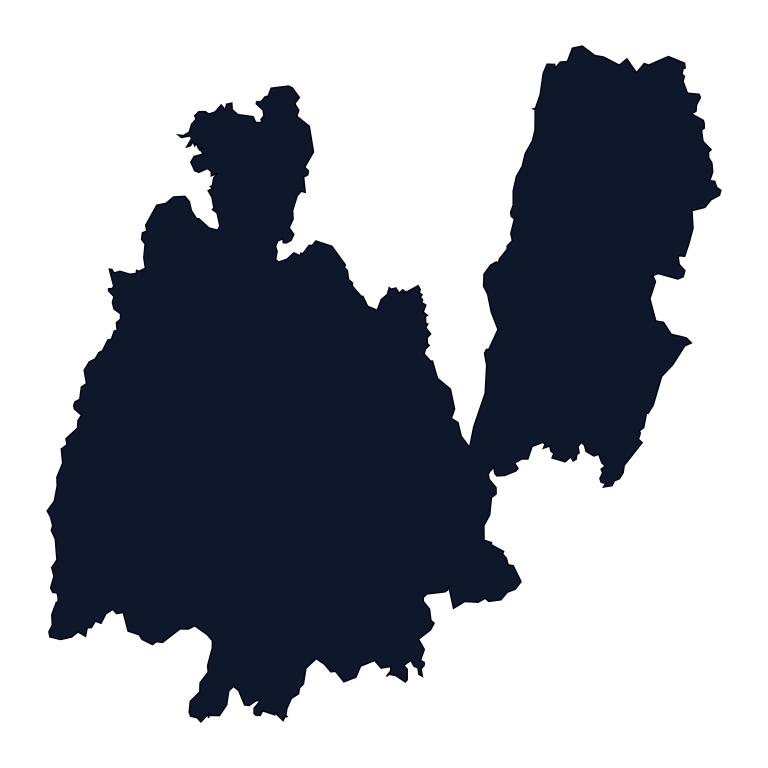 Mezquitic, Jalisco, Mexico
{"feature_id": "50627088B21610676051611", "entity_name": "Mezquitic", "entity_type": "district", "adm_level": 2, "iso_a3": "MEX", "parent_name": "Mexico", "parent_adm1": "Jalisco", "projection": "natural_earth1", "projection_center": [-104.018, 22.231], "detail": "fine", "context": "isolated", "style": "filled", "palette": "ink", "viewbox_px": 768, "rotation_deg": 0, "n_neighbors": 0, "source": "geoboundaries", "source_scale": "gbopen_adm2", "svg_char_len": 6043}
<svg xmlns="http://www.w3.org/2000/svg" viewBox="0 0 768 768"><path d="M488.7,601.4L500.9,599.8L507.2,592.3L515.4,589.1L521.0,581.6L513.2,565.7L508.2,564.9L506.3,558.0L502.6,554.1L503.6,551.5L491.6,545.0L491.4,542.6L484.0,540.2L483.9,525.5L489.7,515.0L491.4,497.7L496.1,493.9L496.0,487.6L489.1,479.3L488.3,474.2L489.8,471.4L493.9,467.3L494.7,473.3L496.9,475.9L504.5,475.5L515.8,471.0L518.0,468.5L514.6,463.1L521.7,459.0L527.8,459.0L532.1,446.4L542.9,442.4L545.2,444.1L543.4,448.2L549.9,446.0L550.8,451.0L553.9,453.5L552.0,457.9L565.1,461.8L570.7,456.9L573.1,461.0L576.1,459.2L576.8,454.5L579.1,453.0L578.0,446.5L581.2,442.5L584.3,444.9L586.1,451.3L593.9,456.0L598.7,454.3L601.8,462.8L605.3,466.0L601.1,469.2L602.6,472.9L599.9,478.5L601.2,482.3L605.7,483.4L603.5,487.0L612.1,485.6L614.3,480.8L619.3,478.8L623.1,472.8L624.2,465.4L642.1,442.6L638.4,439.3L640.3,433.3L639.4,430.8L643.7,427.6L646.5,412.9L648.1,413.3L653.2,405.2L661.6,376.5L672.8,364.6L684.8,345.9L691.3,342.9L686.3,337.9L671.2,334.3L663.5,322.3L655.8,321.0L649.9,298.7L655.5,281.7L652.8,275.6L658.2,273.5L677.8,279.0L683.1,276.8L684.9,270.7L679.2,264.4L678.2,257.3L679.0,255.7L684.7,256.3L689.1,242.9L693.0,228.3L692.0,210.6L704.9,207.4L711.0,199.8L719.5,195.3L720.8,190.2L716.7,187.4L714.7,181.3L709.7,180.7L712.7,172.1L711.9,163.0L708.6,157.5L708.6,152.1L711.1,149.6L703.0,141.5L701.5,130.2L704.3,128.1L704.1,122.9L703.3,120.4L691.4,113.8L696.0,111.2L696.5,104.9L700.4,97.5L699.1,94.3L687.5,93.2L683.0,81.3L684.4,76.3L682.0,74.1L683.2,68.5L685.2,68.0L684.6,63.2L668.4,56.5L648.7,65.1L644.3,63.5L636.5,72.7L626.9,58.9L619.3,65.2L603.5,57.0L594.7,55.5L582.3,46.1L572.4,48.2L567.4,61.5L560.3,62.1L555.2,68.2L554.6,64.4L547.1,64.2L543.2,73.4L540.2,94.6L535.5,108.2L533.4,108.9L535.2,109.5L535.0,130.2L532.3,141.1L525.2,153.7L522.2,166.3L516.4,176.5L513.2,190.9L513.2,205.2L510.6,212.3L511.3,216.3L514.4,219.0L510.8,233.6L512.4,240.7L507.2,245.9L507.1,249.4L499.4,258.9L498.5,262.9L496.3,261.9L490.6,265.1L484.0,274.2L483.6,286.4L487.6,294.0L491.3,312.1L498.0,329.5L488.7,349.6L486.5,349.4L484.5,353.2L486.7,365.3L485.2,393.2L473.8,426.6L469.6,447.5L461.2,436.2L458.0,422.6L451.3,418.4L454.6,408.9L450.4,389.1L437.5,378.4L432.5,361.1L430.5,361.1L424.1,353.8L425.4,349.1L429.2,345.4L427.4,343.7L427.1,337.8L430.6,333.9L425.7,327.6L427.8,324.0L425.7,323.5L425.5,316.2L427.3,315.4L423.2,312.0L425.8,305.2L421.5,302.3L422.6,300.0L420.3,296.8L422.1,294.8L419.3,292.8L420.2,289.5L418.1,285.7L406.1,292.3L402.7,289.8L399.1,293.2L395.9,288.0L391.2,289.2L389.2,287.7L387.4,294.4L381.3,299.5L377.2,310.3L367.6,306.2L362.9,296.3L361.3,296.5L352.3,286.0L352.6,283.0L348.5,279.5L347.4,270.6L344.5,267.6L345.3,264.8L331.9,246.3L315.8,241.0L312.2,245.6L309.2,245.3L302.7,253.9L301.0,253.1L300.3,255.8L293.8,252.9L286.9,259.3L278.3,262.1L275.6,259.3L277.1,251.4L275.6,246.5L277.6,241.1L282.9,238.6L283.3,242.7L286.3,242.9L291.0,240.5L293.8,234.4L289.1,227.8L293.1,219.0L292.6,210.7L297.2,195.8L301.2,191.2L305.2,192.3L303.6,177.1L307.7,174.9L308.4,170.9L304.7,167.2L313.5,152.0L309.3,126.3L296.8,116.2L298.8,110.3L294.8,103.7L299.3,97.5L292.3,87.8L288.4,86.1L271.2,88.2L268.0,96.3L265.2,96.7L261.1,101.6L256.6,101.9L256.3,103.8L263.1,110.1L263.9,115.7L260.9,119.6L262.3,122.5L255.8,122.5L253.1,116.7L237.8,114.6L232.2,109.6L231.8,103.1L226.6,104.2L225.2,110.0L221.2,104.9L215.1,112.0L208.9,114.0L205.3,111.6L198.8,111.7L194.8,115.6L196.0,119.3L191.6,124.2L189.3,132.0L183.5,135.6L178.4,135.0L181.4,137.5L189.8,135.9L191.7,138.4L186.7,146.9L190.4,145.8L193.0,141.7L194.7,145.8L196.3,143.4L198.4,148.4L200.4,148.7L199.0,150.5L202.5,147.4L200.9,150.5L203.2,154.1L194.2,156.4L190.8,162.2L194.8,170.8L198.9,172.3L207.6,168.4L211.3,171.6L211.3,175.9L217.6,173.2L213.7,177.9L212.2,186.1L210.5,186.5L212.4,188.6L208.2,190.7L211.9,197.2L213.9,207.8L212.5,209.6L217.0,212.9L219.9,226.0L217.7,230.2L209.1,228.0L198.8,218.7L196.5,218.6L191.4,210.6L189.4,201.7L184.9,196.4L173.5,197.0L165.9,203.4L156.8,205.2L145.7,225.2L146.8,231.0L142.4,232.9L141.6,239.4L145.1,244.1L143.8,257.8L145.4,268.2L138.9,271.3L136.7,270.4L136.0,273.6L129.7,274.2L119.9,271.3L114.0,273.0L111.9,269.5L109.3,269.2L113.7,286.0L112.5,288.4L108.6,288.8L108.6,290.9L114.0,296.6L112.4,302.4L114.0,309.0L120.5,313.7L120.5,319.2L116.4,322.7L117.2,330.5L114.2,331.1L111.5,339.1L107.8,340.1L102.4,350.9L99.0,352.5L95.1,359.0L89.4,361.8L84.2,370.2L86.5,383.6L81.4,387.0L79.8,399.3L75.0,401.9L73.7,405.5L74.5,409.1L81.5,415.1L78.0,420.6L77.6,428.0L66.0,438.7L67.0,444.7L61.3,449.0L62.7,463.0L56.9,477.3L57.2,485.9L54.3,501.2L47.2,510.9L50.5,516.9L52.7,525.8L51.3,530.3L55.3,539.0L56.9,559.9L51.7,567.5L54.0,576.3L50.6,587.8L52.7,592.3L57.0,592.9L58.1,597.2L58.1,601.8L56.3,602.5L51.8,614.6L52.3,625.0L48.9,631.8L49.9,636.9L60.5,639.5L71.7,637.0L78.0,631.9L85.5,636.3L87.2,627.7L91.4,627.6L95.3,621.1L101.0,623.3L105.9,613.8L112.7,609.3L116.6,613.6L123.2,612.4L128.1,631.1L139.2,634.8L142.1,639.4L152.5,644.6L156.4,641.6L162.5,642.4L180.0,628.9L188.4,629.0L194.8,625.8L207.3,634.7L212.4,640.7L212.3,648.1L207.6,665.7L208.2,672.1L200.1,682.8L199.8,691.9L190.3,701.3L189.2,712.2L190.6,716.2L197.2,717.8L200.9,721.9L208.5,714.1L208.4,717.9L209.2,715.4L219.5,715.6L226.7,704.8L228.7,690.9L233.5,686.4L238.7,690.6L244.6,705.0L249.2,705.5L256.0,700.8L260.6,700.5L254.1,708.2L254.0,713.5L256.1,715.4L260.3,715.3L262.6,710.8L274.7,714.8L274.7,712.4L283.1,720.6L284.8,716.9L287.0,716.6L285.8,715.1L286.9,708.4L291.4,698.4L298.5,693.8L299.5,687.9L303.4,684.0L305.9,668.3L316.2,658.6L324.4,664.2L330.9,671.8L335.5,671.3L343.9,681.8L355.9,677.2L360.6,666.1L374.6,660.5L381.1,668.1L390.8,666.5L390.7,670.9L386.5,676.3L389.1,674.3L395.7,675.5L405.3,682.0L407.2,679.8L407.2,669.1L403.7,665.5L410.9,660.3L414.0,666.2L418.0,667.9L418.8,674.2L422.4,676.3L421.0,669.0L424.1,665.5L424.2,662.4L420.5,660.3L424.3,649.4L418.5,639.2L430.5,629.9L434.1,623.2L430.9,620.4L429.5,609.1L423.4,601.6L423.1,597.6L427.0,593.9L444.6,591.9L447.5,590.2L448.6,585.4L453.5,608.3L464.7,601.5L478.2,602.2L485.2,598.2L488.7,601.4Z" fill="#0f172a" stroke="#020617" stroke-width="1.5"/></svg>